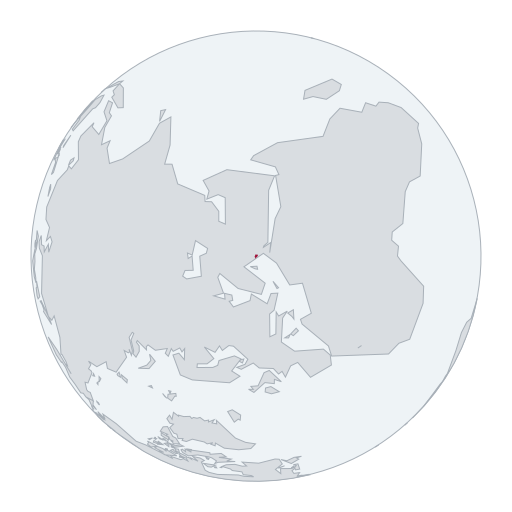 Haifa highlighted on a globe, orthographic projection, rotated 216°
{"feature_id": "ISR-3054", "entity_name": "Haifa", "entity_type": "District", "adm_level": 1, "iso_a3": "ISR", "parent_name": "Israel", "parent_adm1": "", "projection": "orthographic", "projection_center": [35.08, 32.637], "detail": "fine", "context": "on_globe", "style": "filled", "palette": "rose", "viewbox_px": 512, "rotation_deg": 216, "n_neighbors": 0, "source": "natural_earth", "source_scale": "10m", "svg_char_len": 10553}
<svg xmlns="http://www.w3.org/2000/svg" viewBox="0 0 512 512"><g transform="rotate(216 256 256)"><circle cx="256" cy="256" r="225" fill="#eef3f6" stroke="#a8b0b8"/><path d="M229.7,32.3L233.6,31.9L260.2,31.2L269.7,31.3L266.8,31.5L283.0,32.3L289.9,33.3L282.8,32.3L280.4,32.2L290.3,33.6L290.1,33.8L294.7,34.8L293.5,35.2L283.2,34.2L282.2,34.6L289.3,35.6L292.5,37.1L282.3,35.4L286.9,38.1L270.6,38.2L244.1,35.7L234.3,38.3L205.0,43.1L206.9,43.9L197.1,47.0L195.6,49.3L190.6,50.1L193.7,51.3L198.6,50.2L201.6,50.5L201.2,51.9L194.7,53.0L194.0,52.4L191.9,53.5L188.8,53.6L190.1,54.3L182.3,55.9L189.3,56.6L182.5,59.7L177.6,60.2L179.1,57.2L171.2,52.8L166.7,53.4L158.7,56.7L141.7,68.4L136.2,70.7L128.1,76.0L130.6,75.7L137.8,71.6L140.5,73.1L149.1,68.5L151.4,68.7L159.8,65.8L157.4,69.6L150.5,75.1L143.5,77.9L140.2,80.6L146.1,81.1L132.0,90.0L121.3,102.9L117.8,105.2L112.5,103.2L114.8,94.7L108.0,94.5L111.2,98.4L102.3,105.0L100.4,108.0L100.2,110.1L103.1,109.2L99.9,112.5L95.4,109.3L98.3,106.2L99.7,107.1L100.7,103.4L97.6,102.4L93.4,106.4L93.3,102.3L90.3,105.4L88.5,106.6L93.4,101.8L84.7,110.6L83.9,110.6L95.3,98.1L107.6,86.5L120.8,75.8L134.7,66.1L149.3,57.6L164.5,50.1L180.3,43.8L196.4,38.7L212.9,34.9L229.7,32.3ZM34.2,216.8L32.1,231.6L31.8,249.7L31.7,260.7L31.3,264.2L32.1,270.1L32.1,273.5L38.6,296.8L44.8,314.8L46.6,326.3L45.3,332.0L52.1,351.8L45.4,335.9L39.9,319.5L35.6,302.7L32.7,285.7L31.1,268.5L30.8,251.2L31.8,233.9L34.2,216.8ZM276.5,31.7L271.2,31.2L276.4,31.6L276.5,31.7ZM295.6,34.9L297.2,35.1L298.9,35.6L295.6,34.9ZM160.5,64.0L160.1,64.9L158.8,64.9L160.5,64.0ZM164.5,62.0L163.2,61.5L164.9,60.5L165.7,60.8L164.5,62.0ZM298.6,36.8L300.9,37.9L296.8,36.6L298.6,36.8ZM165.8,63.0L168.1,58.9L171.2,57.2L176.6,57.4L165.8,63.0ZM301.1,38.4L306.7,41.6L310.8,42.0L302.5,43.2L300.4,39.8L294.7,37.9L299.4,38.7L301.1,38.4ZM200.3,49.3L195.1,50.5L199.8,48.3L200.3,49.3ZM202.6,47.8L212.8,41.6L220.3,40.9L215.3,42.9L225.3,41.3L223.9,44.0L218.1,45.5L213.6,45.3L216.5,46.5L202.6,47.8ZM297.0,43.7L296.8,44.5L295.0,43.5L297.0,43.7ZM203.2,50.4L204.5,49.1L211.1,48.3L209.5,50.9L207.9,50.3L203.2,50.4ZM228.6,39.8L233.2,40.0L233.3,42.1L235.1,42.5L224.5,44.0L228.6,39.8ZM206.2,51.2L208.5,52.4L205.1,54.1L202.2,51.8L206.2,51.2ZM213.5,47.0L216.5,46.9L214.3,47.8L213.5,47.0ZM194.0,61.7L195.6,59.7L199.1,59.0L194.0,61.7ZM209.6,52.7L210.8,52.1L212.4,51.7L213.2,52.9L209.6,52.7ZM225.4,45.6L224.5,46.6L229.7,45.0L230.1,46.8L222.9,47.7L226.1,48.1L226.2,48.7L220.3,48.7L225.4,45.6ZM218.7,53.0L209.7,55.2L206.1,58.9L202.9,59.5L209.3,53.5L218.7,53.0ZM220.1,50.5L218.5,52.1L215.3,51.8L214.4,50.5L220.1,50.5ZM232.8,47.9L234.2,44.8L235.7,44.8L232.8,47.9ZM218.3,54.1L220.5,53.6L218.4,54.4L218.3,54.1ZM229.1,49.8L229.3,48.6L231.1,48.6L229.1,49.8ZM224.6,53.7L221.7,54.3L221.0,53.3L224.6,53.7ZM227.2,51.9L229.4,52.2L222.5,52.6L227.0,51.4L227.2,51.9ZM230.7,49.9L231.8,49.5L230.3,50.4L230.7,49.9ZM228.8,57.3L220.2,58.0L218.7,55.7L227.3,55.2L228.8,57.3ZM93.0,315.9L82.7,279.0L89.1,269.4L91.2,254.6L136.0,219.5L144.5,225.8L178.7,228.0L182.8,230.9L177.6,242.2L202.4,261.3L211.7,252.4L235.2,262.3L251.6,262.5L259.4,240.2L232.6,239.4L229.1,228.1L251.4,219.2L275.0,220.6L274.4,216.3L260.4,206.8L266.8,198.9L255.7,202.9L259.5,207.3L252.6,210.2L248.7,206.4L251.1,203.6L244.3,201.5L234.6,216.4L237.4,222.5L218.9,223.9L221.8,234.5L216.5,238.8L209.5,222.7L210.9,217.1L197.3,198.8L194.1,204.6L206.8,222.6L202.4,220.8L198.3,229.8L198.0,221.5L184.9,201.3L168.8,201.7L146.7,220.3L137.7,219.5L130.9,212.1L140.6,189.9L159.7,194.4L163.4,187.5L161.0,175.3L167.1,178.0L168.4,173.8L175.8,175.2L187.6,167.3L195.3,167.8L201.3,155.7L206.1,154.6L201.2,161.9L201.9,167.7L221.2,169.8L225.3,167.6L227.7,159.8L232.7,161.8L232.5,154.0L244.3,152.0L229.8,148.2L232.2,140.0L240.1,134.3L238.2,131.1L225.4,140.5L222.7,145.0L224.5,149.7L214.7,162.5L207.7,163.9L208.1,148.7L198.3,149.3L202.9,137.9L234.7,118.3L247.3,115.3L265.0,127.1L261.3,132.0L253.0,130.0L259.3,139.2L259.5,134.9L263.6,136.8L267.0,130.2L270.1,131.3L268.0,123.3L272.2,124.0L273.4,129.0L282.0,120.6L291.1,120.6L291.5,118.2L289.4,115.7L302.3,117.8L302.1,116.0L297.7,114.6L294.4,110.2L293.6,103.6L298.1,104.7L299.0,107.2L307.7,114.6L309.4,121.6L311.2,121.5L310.8,115.6L300.2,106.6L298.4,102.4L304.0,106.0L301.8,104.3L302.4,102.6L307.1,102.1L301.2,98.0L300.9,79.8L310.1,77.7L315.1,82.4L319.7,72.9L329.7,72.5L325.7,71.0L325.2,66.3L322.0,66.2L320.1,65.2L317.3,54.5L320.1,53.4L314.4,48.3L312.3,47.7L309.9,48.2L302.5,43.2L310.8,42.0L315.0,43.4L317.3,42.3L326.7,45.8L335.6,48.6L344.6,54.0L350.8,56.3L350.9,55.6L359.5,58.7L376.6,68.4L362.0,63.2L336.3,52.1L346.7,56.5L344.1,56.5L347.7,58.9L355.1,62.3L356.1,62.0L366.8,74.9L384.1,88.9L383.4,84.0L388.4,85.1L407.5,99.7L429.0,130.7L435.9,135.0L439.9,140.0L441.8,146.4L436.1,139.1L433.3,139.5L429.7,134.8L430.9,143.5L425.9,137.2L429.3,147.6L433.8,151.0L434.6,145.2L439.8,157.7L447.4,162.1L454.1,172.6L461.0,200.4L459.3,214.7L460.4,218.8L456.6,218.0L456.2,229.5L466.9,244.0L468.2,250.2L465.4,268.6L464.5,264.3L454.6,261.9L456.1,277.8L463.7,283.3L466.5,295.0L462.1,295.6L458.9,285.7L455.3,284.4L453.9,271.2L446.4,255.2L441.8,263.5L439.9,255.7L428.9,244.7L420.9,256.2L409.9,286.3L412.1,306.7L406.6,318.5L390.7,295.2L383.9,276.6L377.9,280.9L361.7,268.3L333.1,274.9L329.2,270.1L323.8,273.8L312.4,270.3L306.5,262.2L299.5,263.8L315.2,285.1L322.7,283.4L329.2,273.1L332.2,281.0L343.2,286.1L330.3,308.7L288.1,331.8L284.4,316.6L254.4,274.0L255.6,268.9L255.5,268.3L255.1,267.3L252.0,275.6L246.9,266.8L262.5,297.5L264.9,310.5L287.5,332.7L285.3,335.3L292.7,339.5L316.8,330.7L316.9,335.8L305.2,360.3L272.1,392.2L276.8,410.3L274.9,424.9L254.9,434.5L257.4,444.4L247.1,447.7L246.9,452.8L239.1,457.7L225.8,461.4L202.4,458.8L200.4,454.5L187.8,444.1L170.2,417.2L175.4,406.2L173.1,395.8L156.3,368.6L159.9,355.5L155.5,348.5L146.5,347.7L141.5,339.1L136.0,337.3L102.6,330.1L93.0,315.9ZM119.5,241.4L118.0,245.6L119.5,241.4ZM299.6,233.7L314.0,232.9L308.2,219.3L313.2,218.1L309.4,214.1L307.7,218.4L298.4,207.5L304.9,202.6L303.5,196.6L298.6,196.7L288.3,207.5L301.4,222.8L297.8,229.0L299.6,233.7ZM36.1,207.0L36.2,206.5L35.4,210.2L35.7,209.1L36.1,207.0ZM46.9,172.1L47.2,171.4L45.7,175.3L46.4,173.4L46.9,172.1ZM102.6,105.2L102.9,105.6L102.0,108.2L100.9,107.9L102.6,105.2ZM106.8,115.5L101.5,120.7L104.5,116.5L102.0,116.8L105.4,108.9L116.2,106.0L110.7,108.5L106.8,115.5ZM113.0,98.2L109.6,103.1L112.8,97.9L113.0,98.2ZM168.7,151.4L170.7,154.8L167.2,159.1L157.4,159.9L162.5,153.6L168.7,151.4ZM174.4,158.8L177.5,144.4L183.7,143.8L179.7,146.5L183.5,147.5L178.0,152.2L180.9,166.4L178.0,171.2L161.6,169.2L168.6,167.0L166.2,163.5L174.4,158.8ZM174.5,113.6L175.9,108.8L187.5,113.5L184.8,117.6L174.9,118.3L172.3,113.9L174.5,113.6ZM175.0,64.6L174.8,63.5L176.5,63.0L178.2,63.7L175.0,64.6ZM194.5,60.8L177.7,69.7L176.6,68.6L168.1,75.8L162.0,76.0L167.7,71.3L156.6,77.2L159.2,73.0L152.0,77.5L165.4,66.8L167.4,63.8L167.5,67.0L173.1,66.7L176.2,65.7L186.2,60.8L193.2,54.6L199.9,53.9L202.8,55.1L202.1,56.4L198.0,56.3L200.0,58.2L193.5,59.2L194.5,60.8ZM232.4,76.4L227.9,74.5L230.9,81.0L224.5,80.9L225.2,81.7L220.1,83.6L215.2,87.4L212.4,86.8L211.7,88.6L208.3,90.1L206.4,92.5L200.7,92.4L197.9,95.4L196.9,93.8L193.6,99.0L193.5,95.1L189.1,97.1L191.5,99.8L165.7,96.6L154.9,99.1L146.0,103.7L147.0,97.2L156.1,89.1L168.7,81.9L178.9,80.8L177.5,78.4L182.0,77.2L181.2,79.6L185.1,75.3L188.6,75.1L199.8,70.4L203.3,65.0L207.4,63.4L207.8,65.4L211.7,62.5L215.3,65.3L218.3,64.4L224.9,66.5L223.9,71.5L227.4,70.1L232.5,72.0L232.4,76.4ZM230.5,58.0L230.7,63.2L227.3,66.0L217.3,61.1L214.0,61.6L207.5,59.2L212.6,55.4L214.0,56.4L216.5,56.5L213.9,57.6L217.9,56.8L220.0,58.3L223.7,58.1L222.7,59.8L230.5,58.0ZM188.2,227.2L191.4,228.2L196.8,228.5L194.2,234.5L188.2,227.2ZM179.0,213.5L182.1,213.3L181.1,221.2L177.7,220.4L179.0,213.5ZM184.6,206.7L182.3,212.6L181.5,208.9L184.6,206.7ZM204.1,161.5L207.5,161.0L207.5,162.9L205.3,165.5L204.1,161.5ZM240.1,97.7L238.1,95.6L239.3,94.8L239.1,89.2L243.9,89.1L245.9,92.4L240.1,97.7ZM254.4,244.1L249.2,248.3L246.9,246.2L249.2,245.1L254.4,244.1ZM219.9,242.0L227.4,245.5L219.1,243.6L219.9,242.0ZM245.3,96.6L244.7,94.2L247.5,95.7L245.3,96.6ZM247.4,88.8L250.8,89.9L244.5,88.5L247.4,88.8ZM339.0,465.0L340.0,464.9L336.6,466.1L339.0,465.0ZM313.7,418.8L298.5,443.8L287.8,444.9L285.7,438.7L291.2,424.1L303.6,418.5L309.7,410.8L313.7,418.8ZM476.7,300.6L477.5,297.2L476.1,303.2L476.7,300.6ZM475.9,303.2L469.7,316.4L466.6,319.3L467.8,314.9L472.9,307.2L475.9,303.2ZM467.6,315.2L462.1,314.0L450.6,298.0L454.8,294.7L466.0,299.7L465.4,303.2L468.7,305.6L467.6,315.2ZM478.7,278.9L478.0,288.1L475.1,294.8L473.5,296.8L472.4,288.4L473.0,281.6L474.6,279.1L477.5,249.8L479.1,250.6L478.9,261.7L480.0,265.9L478.7,278.9ZM413.1,308.2L418.5,317.6L415.2,321.3L413.1,308.2ZM476.5,232.5L476.8,244.9L475.8,230.2L476.5,232.5ZM474.6,220.0L475.7,223.8L474.3,221.6L474.6,220.0ZM462.4,224.5L460.9,228.4L459.8,225.6L461.0,219.0L462.4,224.5ZM459.3,181.8L463.2,190.1L464.3,193.5L461.7,189.8L459.3,181.8ZM285.3,96.0L280.2,103.5L279.7,109.7L284.4,114.0L275.6,111.6L276.4,102.0L285.3,96.0ZM298.5,81.5L294.3,78.3L297.5,78.0L298.9,78.7L298.5,81.5ZM295.0,80.8L287.4,80.3L285.9,77.5L292.3,78.4L295.0,80.8ZM266.3,87.6L264.5,89.7L262.2,88.4L266.3,87.6ZM480.2,277.7L480.5,273.4L479.5,284.1L479.2,285.8L479.6,278.6L480.3,266.6L480.6,260.5L481.2,251.0L480.5,265.6L480.6,269.4L481.2,261.7L480.7,269.9L480.6,273.7L480.2,277.7ZM480.2,236.9L479.1,233.2L479.2,238.9L478.0,223.1L479.4,229.2L480.2,236.9ZM477.6,224.4L477.8,229.6L476.9,221.1L477.6,224.4ZM477.2,228.0L476.1,223.5L476.6,222.0L477.2,228.0ZM477.8,223.2L475.9,214.5L477.1,218.2L477.8,223.2ZM473.1,213.8L475.9,216.9L474.1,219.7L469.0,204.6L469.4,201.6L473.1,213.8ZM443.8,139.4L440.9,136.0L439.8,132.8L442.1,136.0L443.8,139.4ZM433.8,120.8L438.6,130.9L442.0,139.9L443.2,140.0L448.1,148.0L443.8,144.2L438.0,133.0L436.2,127.6L431.5,121.5L427.5,115.0L421.5,109.1L418.3,105.0L423.2,108.9L433.8,120.8ZM418.9,106.8L407.0,95.9L407.1,93.3L409.7,95.1L415.1,101.0L414.8,102.0L418.9,106.8ZM404.1,92.6L403.6,93.6L385.0,83.1L381.1,80.4L395.3,86.2L395.6,87.6L400.2,90.8L404.1,92.6ZM299.3,44.8L297.0,44.6L298.5,44.2L299.3,44.8ZM318.3,65.4L315.9,63.9L317.7,63.2L318.3,65.4ZM310.1,59.7L309.8,61.4L308.3,59.1L310.1,59.7ZM309.4,65.6L308.8,61.9L312.1,66.2L309.4,65.6Z" fill="#d9dde1" stroke="#a8b0b8" stroke-width="1"/><path d="M256.4,256.4L256.2,256.5L255.9,256.7L255.9,256.8L255.8,257.0L255.7,256.9L255.4,256.9L255.4,256.3L255.5,256.1L255.5,255.7L255.6,255.3L255.6,255.2L255.7,255.3L255.8,255.3L255.9,255.1L256.0,255.1L256.2,255.3L256.2,255.5L256.1,255.8L256.1,255.7L256.1,255.8L256.0,256.0L255.9,256.0L255.9,256.3L256.0,256.4L256.3,256.3L256.4,256.4Z" fill="#f43f5e" stroke="#9f1239" stroke-width="1.5"/></g></svg>